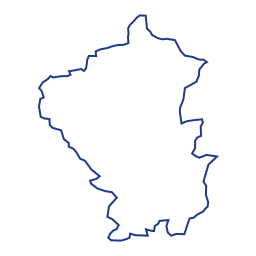 Toropi, Rio Grande do Sul, Brazil, rotated 90°
{"feature_id": "56859067B18993584825810", "entity_name": "Toropi", "entity_type": "district", "adm_level": 2, "iso_a3": "BRA", "parent_name": "Brazil", "parent_adm1": "Rio Grande do Sul", "projection": "natural_earth1", "projection_center": [-54.3, -29.476], "detail": "fine", "context": "isolated", "style": "outline", "palette": "blue", "viewbox_px": 256, "rotation_deg": 90, "n_neighbors": 0, "source": "geoboundaries", "source_scale": "gbopen_adm2", "svg_char_len": 1698}
<svg xmlns="http://www.w3.org/2000/svg" viewBox="0 0 256 256"><g transform="rotate(90 128 128)"><path d="M15.7,110.3L15.4,116.2L17.5,119.1L21.4,122.4L24.7,125.9L28.3,127.9L33.7,127.4L36.8,128.0L43.1,127.6L44.9,132.6L45.0,138.1L46.6,144.9L48.0,148.5L49.3,155.4L51.4,160.3L56.1,159.9L55.9,167.1L59.8,168.8L63.6,169.2L68.2,169.9L70.9,172.0L69.0,174.9L70.3,181.2L71.2,186.9L74.8,185.5L76.1,188.7L76.2,194.4L76.7,198.2L77.5,202.5L76.1,205.5L79.3,208.5L82.5,213.4L88.1,216.9L91.4,214.2L97.5,212.3L98.9,215.7L106.4,217.0L116.8,215.3L118.5,211.5L119.0,206.6L124.8,206.2L127.7,203.7L130.4,194.8L139.0,192.2L143.1,187.2L146.8,187.2L148.5,182.9L152.1,179.8L158.8,175.8L160.7,171.0L169.6,164.6L176.2,156.3L178.8,159.6L180.8,165.9L183.8,164.8L188.7,158.2L191.1,150.8L192.2,144.1L197.7,139.2L206.4,147.0L216.9,148.6L219.1,143.8L225.0,137.3L229.1,139.4L230.7,142.8L233.5,145.7L237.8,147.7L240.3,144.9L240.6,135.0L239.4,130.5L237.7,126.5L233.6,125.8L235.2,120.8L235.6,108.3L229.3,110.0L230.6,105.8L231.1,102.0L225.9,101.1L223.6,97.7L220.9,96.5L220.1,87.6L226.0,89.6L232.5,88.2L235.6,84.9L233.9,79.4L234.2,71.7L223.3,68.1L218.4,66.3L217.7,62.3L214.7,58.9L211.6,52.9L209.1,51.0L206.3,48.3L202.2,47.8L194.9,50.1L185.8,49.8L181.6,52.5L177.4,51.3L164.7,47.6L156.5,39.0L154.9,49.5L156.2,52.7L157.7,56.7L156.1,60.4L153.5,63.9L148.1,60.9L140.9,60.9L137.6,58.8L135.8,54.9L126.5,55.3L122.6,53.1L119.3,54.0L120.2,62.4L121.2,69.0L123.5,74.5L111.7,76.2L107.6,75.9L99.4,72.6L88.1,71.1L81.8,59.7L75.6,57.1L69.6,56.7L63.8,52.1L62.1,49.1L59.8,52.3L59.5,57.0L57.0,63.2L55.6,71.1L51.4,75.1L40.1,81.1L38.8,89.1L39.3,93.7L38.1,98.3L35.0,103.9L31.5,105.8L28.6,109.0L15.7,110.3Z" fill="none" stroke="#1e3a8a" stroke-width="2"/></g></svg>